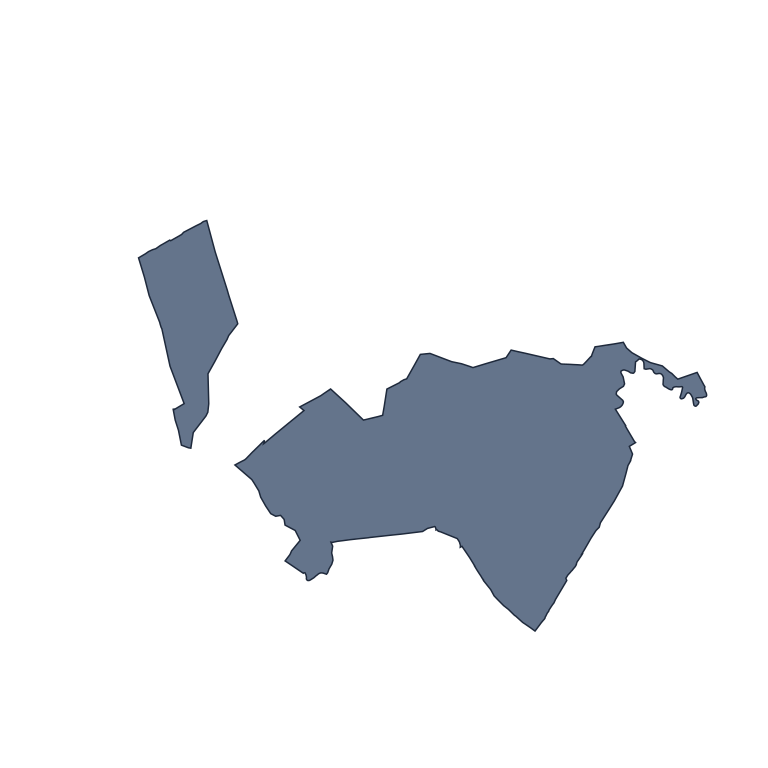 outline of Ilūkste, Ilukstes, Latvia, rotated 218°
{"feature_id": "27541924B8842177834168", "entity_name": "Ilūkste", "entity_type": "district", "adm_level": 2, "iso_a3": "LVA", "parent_name": "Latvia", "parent_adm1": "Ilukstes", "projection": "albers", "projection_center": [26.305, 55.977], "detail": "fine", "context": "isolated", "style": "filled", "palette": "slate", "viewbox_px": 768, "rotation_deg": 218, "n_neighbors": 0, "source": "geoboundaries", "source_scale": "gbopen_adm2", "svg_char_len": 5980}
<svg xmlns="http://www.w3.org/2000/svg" viewBox="0 0 768 768"><g transform="rotate(218 384 384)"><path d="M423.0,347.2L423.4,345.7L423.5,345.8L424.7,342.0L425.6,339.2L426.6,335.9L436.3,314.0L430.7,313.8L435.0,294.8L438.9,277.4L441.8,263.6L442.0,263.0L442.1,263.4L442.8,264.8L443.3,265.6L443.5,266.1L443.6,265.3L444.2,260.9L444.4,259.0L444.6,257.7L444.8,256.1L445.1,254.0L445.3,252.5L445.4,251.5L445.7,249.7L445.9,247.9L446.0,247.1L446.1,245.6L446.3,244.1L446.5,242.2L446.7,240.3L447.1,238.4L448.8,234.8L449.8,232.6L450.1,231.9L451.6,228.4L445.8,228.1L429.3,227.3L425.8,226.1L416.8,222.7L415.7,221.9L411.5,218.9L402.6,215.2L401.8,214.9L401.5,214.8L393.4,212.1L387.9,213.1L384.6,216.8L379.3,215.8L375.1,211.9L363.8,213.9L353.8,209.2L354.1,195.5L353.4,193.0L353.1,191.4L353.0,183.7L344.4,184.3L332.0,185.1L331.1,185.2L331.0,185.7L330.1,186.6L328.0,185.6L326.2,184.1L325.2,182.6L324.3,182.2L323.6,182.1L322.9,182.3L321.9,183.2L321.4,184.2L320.0,188.1L319.4,191.4L319.2,191.9L318.7,194.2L318.4,194.8L317.5,196.3L315.6,197.5L312.2,198.7L312.2,200.0L312.2,200.6L313.5,204.5L314.0,208.2L314.2,209.8L315.7,213.7L318.2,216.2L319.7,217.4L321.2,218.6L324.6,224.6L328.4,226.7L327.3,227.3L327.1,227.5L323.7,231.5L320.0,235.2L314.8,240.5L309.9,245.3L304.8,250.2L301.5,253.4L300.7,254.3L285.4,269.2L277.7,276.6L273.9,280.4L266.8,287.5L262.8,291.5L260.8,297.0L256.3,302.9L255.8,303.0L254.6,302.3L253.7,301.6L253.2,301.0L253.0,301.4L252.8,301.7L252.4,301.6L251.8,301.7L250.6,301.4L248.5,302.3L231.1,307.3L228.8,306.5L227.4,306.0L224.6,304.0L224.2,303.5L223.4,302.3L222.6,304.1L209.6,299.9L200.5,296.5L200.6,296.3L196.4,294.7L192.1,293.2L189.6,292.4L187.4,291.5L185.2,290.9L185.3,290.7L184.1,290.2L183.6,290.1L176.8,288.5L173.4,287.7L166.7,284.8L161.1,284.0L153.2,283.0L147.2,283.0L138.5,282.0L137.7,282.2L128.0,281.5L119.0,282.1L115.9,282.2L112.9,282.3L112.9,283.6L113.1,292.6L113.0,295.8L112.9,297.0L112.9,298.3L113.5,299.7L113.6,300.8L113.7,301.2L113.9,302.1L114.3,304.0L114.3,304.8L114.3,306.2L114.7,307.2L114.9,308.6L115.2,312.3L115.3,313.6L115.3,314.0L115.3,316.1L116.2,319.8L119.0,341.7L121.1,342.9L121.5,346.7L121.3,349.1L121.2,350.2L121.2,351.8L121.0,352.9L121.0,353.6L121.0,354.5L121.0,355.3L120.9,357.4L120.9,358.0L121.2,359.9L121.3,359.9L122.2,362.2L122.4,363.6L122.4,364.2L122.4,365.0L122.6,366.9L122.8,370.2L123.0,372.0L123.4,371.6L124.1,377.1L124.2,377.8L125.0,383.5L125.9,389.6L126.7,398.6L126.7,399.1L126.7,399.6L126.2,403.5L126.7,404.8L126.8,405.0L127.6,406.9L127.7,407.2L128.0,407.8L129.7,425.6L130.5,433.6L132.7,447.2L133.1,449.8L133.2,450.4L138.3,462.6L141.2,469.2L141.5,469.7L142.4,475.5L142.8,475.7L142.8,476.0L145.0,481.8L152.3,485.9L149.7,492.7L151.3,492.9L164.3,498.0L167.9,499.5L167.9,500.0L184.5,506.0L186.2,506.6L184.1,510.1L183.5,511.7L183.4,512.7L183.3,513.8L183.6,515.6L183.7,515.9L184.3,517.3L185.7,518.1L193.7,518.6L194.8,519.0L196.0,521.2L195.5,525.1L193.9,529.6L194.5,532.2L199.9,536.8L203.1,538.2L204.6,539.0L205.0,539.8L205.1,540.2L204.6,541.5L203.6,542.9L199.8,544.3L198.2,544.5L196.6,544.6L194.4,545.8L194.0,546.3L194.0,548.3L199.4,556.3L198.8,558.2L198.4,560.8L196.1,561.9L193.4,561.5L192.0,560.4L188.4,556.2L186.7,556.9L184.0,559.8L183.1,560.2L181.2,560.5L180.2,560.3L179.4,559.7L178.7,559.4L177.6,559.2L176.7,559.2L175.7,559.6L174.7,560.6L173.8,561.6L172.6,562.4L171.3,562.6L169.5,562.2L167.6,561.0L166.4,559.1L164.9,557.0L164.0,555.6L163.2,555.1L162.2,554.8L161.0,554.8L160.0,555.1L157.5,555.3L157.2,555.4L156.1,555.5L154.1,556.2L153.5,556.9L153.5,557.8L154.0,558.7L154.0,558.9L153.8,559.5L153.4,560.4L152.1,561.8L151.1,562.4L149.6,563.5L148.3,564.7L147.7,565.3L147.0,565.4L146.7,565.3L146.0,564.0L144.5,560.9L143.2,557.6L142.6,555.8L141.9,555.3L141.0,555.2L140.5,555.4L140.0,556.0L139.3,557.1L139.2,557.4L139.1,558.9L139.3,560.2L139.6,561.6L139.6,562.9L139.4,563.8L138.9,564.4L138.5,564.6L137.6,564.8L136.4,564.8L134.9,564.3L132.4,563.2L130.3,561.3L128.3,559.4L126.7,558.1L125.9,558.0L125.4,558.1L125.0,558.2L124.7,558.4L124.3,559.1L124.3,559.9L124.1,561.1L124.1,561.7L124.3,562.5L124.6,563.4L125.0,563.7L125.5,564.0L126.0,564.1L127.0,563.9L127.8,563.8L128.8,564.0L129.3,564.3L129.3,564.5L129.3,564.9L129.2,565.3L128.8,565.9L127.9,566.7L126.3,568.0L124.7,569.3L124.3,570.0L123.5,571.2L122.9,571.8L122.7,572.0L122.5,572.5L122.5,572.9L122.7,573.6L123.5,574.5L124.4,575.2L126.3,576.1L127.5,576.9L128.5,577.8L128.6,578.0L129.0,578.5L129.3,579.3L130.4,579.8L130.8,579.9L133.5,581.1L137.9,583.0L144.4,585.9L155.5,568.7L159.0,568.9L163.7,569.5L166.6,569.2L171.2,569.4L175.8,569.6L186.2,565.3L187.6,564.8L196.7,563.0L207.9,561.3L215.0,561.7L221.1,564.2L222.4,562.7L227.1,557.5L240.6,543.2L238.6,536.4L237.8,534.0L237.5,533.4L237.9,533.0L238.4,526.7L238.7,523.8L238.8,522.7L239.2,521.2L239.6,520.8L240.7,520.1L243.5,518.2L246.6,516.0L249.5,514.0L256.4,509.0L257.1,508.8L257.5,508.7L265.6,508.3L266.2,508.3L268.7,505.9L288.4,496.7L291.2,495.4L296.4,492.9L297.6,492.3L304.7,489.0L304.0,479.9L316.5,462.4L324.0,451.7L327.3,450.6L335.4,447.7L344.3,443.3L346.5,442.6L352.0,440.9L366.6,436.4L373.6,429.7L371.7,417.8L369.3,402.0L370.9,399.7L371.8,397.5L372.5,395.9L372.5,394.8L378.6,381.8L369.9,366.2L365.8,358.5L368.6,354.7L378.0,342.9L402.7,345.6L423.0,347.2ZM655.1,332.3L638.6,320.7L623.5,309.1L623.0,308.8L598.9,294.6L597.3,293.4L597.2,293.3L594.3,291.3L593.1,290.8L563.6,266.3L529.4,245.5L533.3,235.4L533.6,234.7L534.0,235.0L534.6,234.3L526.3,227.0L517.5,221.0L506.0,211.1L498.9,213.3L496.7,214.5L503.0,225.8L504.4,228.3L504.6,249.2L505.2,252.0L505.4,253.2L509.9,260.5L529.0,283.7L530.6,294.0L531.1,297.3L533.7,311.8L533.9,313.3L535.1,322.5L535.5,323.9L535.6,324.2L535.9,325.6L536.2,326.4L536.2,329.1L536.3,341.4L538.6,343.1L560.9,358.3L562.7,359.6L565.3,361.5L593.6,380.9L598.4,384.2L624.3,403.7L626.1,401.2L626.6,400.1L627.2,397.7L629.4,393.2L632.3,386.8L635.3,380.2L635.5,377.8L635.5,377.3L640.3,365.6L641.4,365.5L645.5,355.5L647.1,350.2L647.9,349.0L649.1,347.3L651.1,343.3L652.1,339.9L655.1,332.3Z" fill="#64748b" stroke="#1e293b" stroke-width="1.5"/></g></svg>